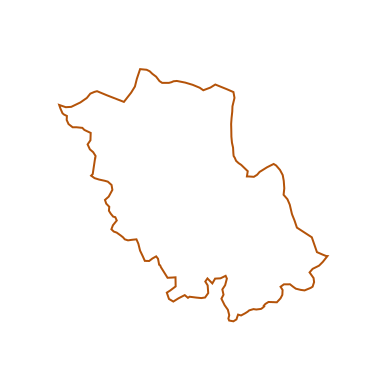 Dibis, At-Ta'mim, Iraq (Robinson projection), rotated 58°
{"feature_id": "34846034B21026183347642", "entity_name": "Dibis", "entity_type": "district", "adm_level": 2, "iso_a3": "IRQ", "parent_name": "Iraq", "parent_adm1": "At-Ta'mim", "projection": "robinson", "projection_center": [44.143, 35.661], "detail": "fine", "context": "isolated", "style": "outline", "palette": "amber", "viewbox_px": 384, "rotation_deg": 58, "n_neighbors": 0, "source": "geoboundaries", "source_scale": "gbopen_adm2", "svg_char_len": 2609}
<svg xmlns="http://www.w3.org/2000/svg" viewBox="0 0 384 384"><g transform="rotate(58 192 192)"><path d="M196.5,274.1L199.1,271.9L200.7,268.3L202.7,264.2L207.4,264.9L214.2,267.1L220.4,267.8L225.4,268.5L227.8,264.9L227.4,260.8L227.6,256.5L230.6,256.2L235.0,257.9L236.2,258.4L236.3,258.3L236.6,258.1L237.6,257.9L239.1,258.2L239.5,258.2L246.6,258.2L251.8,258.2L254.4,253.5L255.6,251.2L263.4,255.9L264.0,262.8L264.0,266.7L270.5,268.2L275.0,265.9L275.0,259.7L275.6,252.8L279.6,251.5L279.5,249.6L283.9,244.2L286.9,240.3L288.4,236.8L286.3,231.8L279.5,228.2L275.0,228.2L273.5,224.7L280.3,223.2L277.7,218.3L280.3,213.6L280.9,207.9L283.9,208.3L288.6,213.3L290.7,217.9L295.8,219.7L298.1,223.6L305.2,224.3L310.9,224.0L316.2,225.7L318.6,228.2L320.7,228.6L323.6,225.4L323.6,221.8L322.4,220.4L320.4,217.9L322.7,215.8L323.0,211.5L323.0,208.3L322.7,206.2L323.9,201.9L325.7,199.8L327.7,195.5L327.7,194.1L327.3,191.4L326.5,191.4L325.8,189.1L325.8,185.4L328.3,181.7L330.5,178.5L329.1,173.3L327.1,169.9L323.1,167.1L319.3,167.1L319.0,163.0L322.2,157.8L325.8,156.5L329.0,155.2L332.6,151.7L335.1,148.7L336.2,142.2L336.2,139.9L333.1,136.2L329.4,134.5L322.5,134.9L321.1,130.4L321.8,123.3L320.6,118.1L318.1,111.1L317.2,112.3L314.3,114.4L309.2,117.9L293.9,114.4L277.8,121.9L270.2,120.1L264.5,119.1L263.3,118.8L254.5,115.8L248.7,114.9L242.9,115.8L237.8,111.8L231.2,108.3L225.7,106.1L219.9,105.7L214.1,106.6L211.5,107.9L210.8,115.3L210.8,121.0L210.8,124.1L211.9,127.6L211.9,131.5L209.0,135.5L207.9,137.2L203.9,133.7L195.1,135.9L192.2,137.2L188.9,138.1L185.7,137.6L183.5,137.6L180.9,136.3L176.2,133.7L171.4,132.0L166.0,129.3L160.2,125.8L155.1,122.8L150.3,119.3L145.2,115.3L140.8,112.3L134.7,106.1L129.2,103.9L123.4,107.9L113.2,115.3L113.2,121.0L112.4,125.0L111.7,128.5L107.7,130.2L101.5,134.6L95.6,139.8L89.8,146.0L88.3,149.0L88.0,151.2L87.2,153.8L85.8,156.0L83.6,159.5L80.7,160.8L75.2,161.3L70.8,163.0L67.2,163.9L64.3,165.7L60.3,170.9L66.8,178.8L72.3,184.5L75.5,191.0L79.5,202.0L64.9,212.9L56.2,219.1L55.4,221.7L54.7,226.1L56.5,231.3L56.9,239.2L55.8,249.3L53.2,254.1L47.8,258.5L51.8,259.4L56.6,260.1L58.5,259.5L61.2,257.8L64.5,260.1L69.0,260.7L73.9,258.9L76.0,255.5L79.5,251.0L82.3,250.4L85.6,248.3L88.2,246.6L94.3,250.7L96.3,255.3L101.7,256.0L105.9,254.7L110.4,254.7L112.0,256.1L111.9,256.2L124.2,266.7L124.7,268.9L128.6,267.3L132.2,264.2L136.2,260.1L138.6,257.9L143.4,256.5L148.0,258.4L151.8,265.1L152.6,270.0L156.4,270.9L160.7,270.0L163.9,272.4L167.3,272.4L171.1,271.9L172.7,270.4L176.3,270.9L178.3,276.7L180.9,280.1L184.1,279.3L186.5,277.4L191.1,275.5L193.9,274.5L196.5,274.1Z" fill="none" stroke="#b45309" stroke-width="2"/></g></svg>